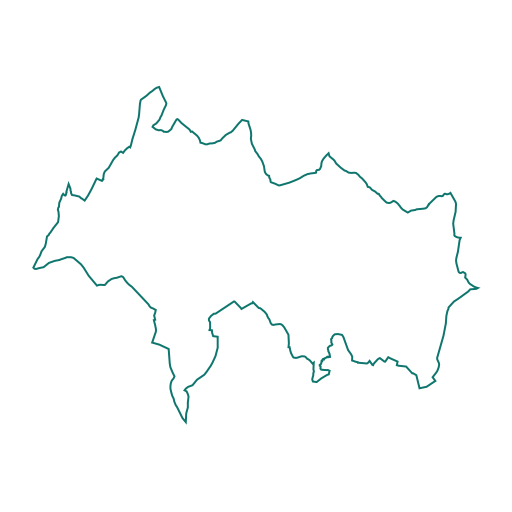 the district of Budesti, Bistrita-Nasaud, Romania, rotated 91°
{"feature_id": "2599482B13391469059037", "entity_name": "Budesti", "entity_type": "district", "adm_level": 2, "iso_a3": "ROU", "parent_name": "Romania", "parent_adm1": "Bistrita-Nasaud", "projection": "equal_earth", "projection_center": [24.229, 46.834], "detail": "fine", "context": "isolated", "style": "outline", "palette": "teal", "viewbox_px": 512, "rotation_deg": 91, "n_neighbors": 0, "source": "geoboundaries", "source_scale": "gbopen_adm2", "svg_char_len": 6082}
<svg xmlns="http://www.w3.org/2000/svg" viewBox="0 0 512 512"><g transform="rotate(91 256 256)"><path d="M271.5,478.4L272.6,477.3L272.8,475.7L271.8,472.3L270.9,468.2L266.5,462.9L264.4,457.2L263.3,452.0L263.0,451.7L261.2,446.5L260.5,445.1L260.4,441.1L261.1,438.4L267.3,430.9L270.7,428.1L278.6,423.0L288.4,414.5L287.6,412.4L287.5,410.7L287.7,407.1L287.5,406.5L284.0,403.6L281.5,400.0L280.7,397.5L280.2,394.8L278.8,390.9L278.6,390.2L279.0,389.2L279.6,388.3L282.6,386.4L285.3,384.1L287.3,381.9L288.9,379.6L306.2,362.7L308.3,361.4L309.6,359.9L310.2,358.1L311.7,355.3L314.5,355.8L317.3,356.8L321.5,355.7L321.9,357.0L327.0,355.6L331.2,354.7L333.4,354.8L344.4,358.3L346.3,351.1L350.5,341.7L364.6,340.4L368.6,339.7L374.1,337.3L377.7,335.4L379.9,336.3L382.0,338.0L384.5,338.9L387.5,339.3L390.3,339.2L393.6,338.4L397.5,337.2L399.9,335.9L403.1,335.1L406.4,333.7L408.6,332.2L419.3,326.7L423.3,323.3L414.5,323.0L408.6,321.5L403.8,321.6L397.8,321.0L395.1,321.8L392.6,323.0L391.5,325.1L389.8,323.8L388.1,321.7L386.3,317.2L380.8,312.9L375.6,305.6L372.7,303.4L366.5,299.3L363.3,297.6L356.9,294.8L348.4,292.7L337.4,292.9L336.9,297.4L333.7,298.5L331.0,298.8L330.9,301.2L330.3,301.1L329.9,300.7L328.5,300.6L324.3,300.7L322.8,300.9L321.2,301.9L319.5,302.0L316.8,300.0L314.5,297.2L314.3,295.3L301.8,277.2L302.0,276.5L308.1,270.4L309.2,269.6L303.5,260.0L303.4,259.0L302.1,258.3L307.9,252.4L308.2,250.7L311.4,246.7L312.7,245.5L314.4,244.1L315.8,243.7L317.9,242.6L319.0,241.6L322.9,240.1L324.4,238.7L324.6,237.4L324.1,235.1L323.6,231.1L323.8,229.8L324.8,228.3L326.9,226.5L334.1,222.2L342.7,221.6L346.6,221.9L346.6,220.8L350.6,219.9L352.8,219.1L356.2,217.3L356.9,216.6L357.2,214.2L356.8,212.4L355.7,209.5L355.4,207.9L355.6,205.6L356.1,204.7L358.0,202.9L358.3,202.0L359.6,200.2L362.6,197.6L361.6,196.4L368.2,196.6L370.6,196.1L372.0,196.6L374.7,196.7L376.5,197.3L378.6,197.6L380.5,196.9L381.0,193.2L377.1,188.4L373.7,182.9L373.1,181.2L369.5,180.4L368.8,182.1L368.8,185.4L368.5,188.8L367.5,189.6L365.2,189.5L364.6,190.4L363.8,190.4L362.7,189.0L359.9,188.6L360.0,187.9L358.6,187.5L358.3,187.7L357.8,187.2L357.6,186.5L358.1,186.1L357.7,185.8L357.2,185.8L356.1,183.4L355.5,183.1L355.4,181.9L355.9,181.8L355.6,180.2L352.4,180.8L349.7,182.1L348.8,182.1L348.0,182.5L346.5,182.5L344.5,180.6L344.1,178.9L343.3,178.1L340.8,179.3L339.7,179.1L337.9,179.5L336.8,178.5L335.5,178.2L334.0,177.1L332.9,175.8L332.6,172.5L333.4,168.6L335.5,167.2L348.4,162.3L352.6,159.2L355.0,158.0L358.8,158.1L360.0,154.4L360.4,152.4L360.9,152.3L361.5,143.5L361.4,142.9L360.4,141.7L358.9,140.6L362.8,137.8L363.1,137.0L361.6,136.4L357.0,132.3L355.9,130.4L359.3,125.8L359.4,125.0L354.9,122.0L356.0,119.9L359.1,112.6L362.7,113.3L363.2,111.6L363.9,104.0L370.6,97.7L370.5,96.9L372.4,93.6L385.4,90.2L383.8,83.2L377.8,74.5L374.1,77.3L369.5,73.8L367.5,72.6L364.1,71.4L361.6,71.0L360.0,71.2L356.1,73.0L354.7,73.1L332.6,67.2L320.1,65.0L312.4,64.6L307.5,63.6L305.6,62.7L304.1,62.6L298.0,57.2L295.3,53.2L287.8,43.2L285.6,41.2L285.0,35.2L284.1,33.6L283.6,35.5L282.8,37.5L280.1,41.7L278.7,43.0L276.0,44.4L273.9,46.5L271.1,46.1L269.8,46.4L268.5,48.5L268.6,49.4L269.4,50.8L269.3,52.0L268.8,52.7L268.1,53.2L259.8,55.5L257.1,55.9L254.3,55.6L248.3,54.2L236.6,52.7L234.2,51.7L234.1,53.8L233.6,55.7L232.5,57.7L231.6,58.1L230.2,58.0L220.3,59.4L217.2,59.1L208.3,57.2L200.6,56.9L198.3,57.5L189.5,62.7L190.3,63.7L190.9,65.6L191.0,66.2L190.5,67.9L190.5,68.5L191.2,69.3L192.7,70.3L193.0,71.2L192.7,73.1L192.9,74.6L193.6,76.5L200.3,83.2L202.0,84.4L201.8,84.5L204.2,85.8L205.3,87.2L205.7,88.9L206.5,96.1L207.2,97.6L207.9,101.7L209.9,105.0L207.0,110.1L205.0,112.1L203.8,112.9L201.1,115.2L200.1,116.4L199.0,118.1L198.5,119.6L199.9,121.6L200.5,122.8L200.7,123.9L200.4,126.1L199.9,126.9L195.7,131.4L194.8,131.9L193.3,133.4L191.8,134.2L191.6,134.5L191.7,135.5L189.4,138.1L187.9,141.1L185.5,143.3L185.2,144.0L184.9,145.5L182.4,146.4L180.5,147.7L176.6,151.3L175.0,153.4L173.1,155.0L171.3,157.3L171.0,159.1L171.3,162.2L171.0,164.9L169.4,167.5L169.0,169.0L166.3,172.7L162.2,177.4L159.3,179.2L158.3,180.2L155.0,184.3L152.0,185.2L154.2,187.4L157.4,190.1L159.8,191.5L161.5,192.1L165.1,192.4L167.8,193.5L168.7,194.4L169.0,196.5L169.9,197.3L171.6,197.4L171.9,198.3L172.4,202.1L173.2,205.9L174.9,209.6L177.5,213.6L178.5,215.6L180.4,219.9L182.1,224.0L184.2,230.9L185.0,233.6L185.0,234.6L183.3,238.4L182.0,242.3L181.6,242.7L179.3,243.0L177.3,244.1L175.6,244.3L175.1,245.8L173.9,247.3L172.4,248.3L171.0,248.8L166.1,249.6L161.6,251.3L159.0,252.7L156.2,255.0L154.1,256.2L151.1,258.6L149.5,259.1L143.8,262.1L138.8,263.2L135.8,262.9L132.7,263.1L130.1,263.6L123.6,265.8L121.6,266.0L120.2,272.3L124.0,275.8L131.2,281.5L132.9,283.5L133.1,284.4L135.5,288.3L139.1,291.9L141.1,293.4L142.3,297.1L143.5,298.9L144.1,301.3L144.3,304.3L145.2,306.9L145.2,308.5L144.0,311.8L143.7,313.5L141.3,314.1L139.0,315.2L136.8,316.9L132.6,322.1L133.0,323.3L130.7,324.7L124.4,332.8L121.1,336.0L120.5,337.0L120.9,337.8L122.2,338.6L128.7,342.2L130.6,342.9L133.2,345.9L133.5,347.2L133.4,350.3L132.5,351.4L131.9,352.7L131.8,354.0L132.0,355.4L131.2,358.3L128.7,361.7L127.1,360.9L125.2,358.0L121.4,354.9L118.5,353.8L117.5,353.1L111.1,350.7L106.9,348.7L105.2,348.3L104.3,348.5L97.8,351.9L88.7,355.8L89.5,358.2L90.7,360.1L92.9,362.6L94.4,364.8L97.7,368.3L101.7,373.7L102.4,374.1L105.9,374.7L116.9,375.4L119.8,375.8L132.1,378.9L141.3,381.6L147.5,383.0L149.6,383.7L149.0,384.7L150.5,386.7L152.9,389.1L155.2,390.7L153.9,392.8L154.9,394.7L157.7,396.3L160.4,399.0L162.5,400.5L170.4,404.8L173.8,408.3L174.9,409.0L177.1,409.7L180.8,410.0L182.0,410.6L182.2,410.2L183.6,411.3L181.3,416.7L191.8,421.5L198.5,425.0L203.6,428.3L201.6,431.1L201.4,431.8L199.7,433.6L198.7,437.8L198.2,441.1L196.3,442.0L194.9,442.1L193.8,442.6L191.9,442.7L187.3,444.6L195.4,446.8L195.6,446.5L198.7,447.4L198.9,447.6L198.7,448.5L197.2,449.9L197.6,450.2L199.5,451.3L202.0,451.8L206.1,453.6L210.3,453.9L211.4,454.6L213.4,454.9L214.8,454.3L219.5,453.8L225.6,454.5L231.5,459.0L236.3,462.1L237.2,463.0L238.6,463.6L240.1,465.3L247.4,466.4L250.6,467.3L255.0,470.5L258.5,471.7L261.0,472.9L262.6,474.2L271.5,478.4Z" fill="none" stroke="#0f766e" stroke-width="2"/></g></svg>